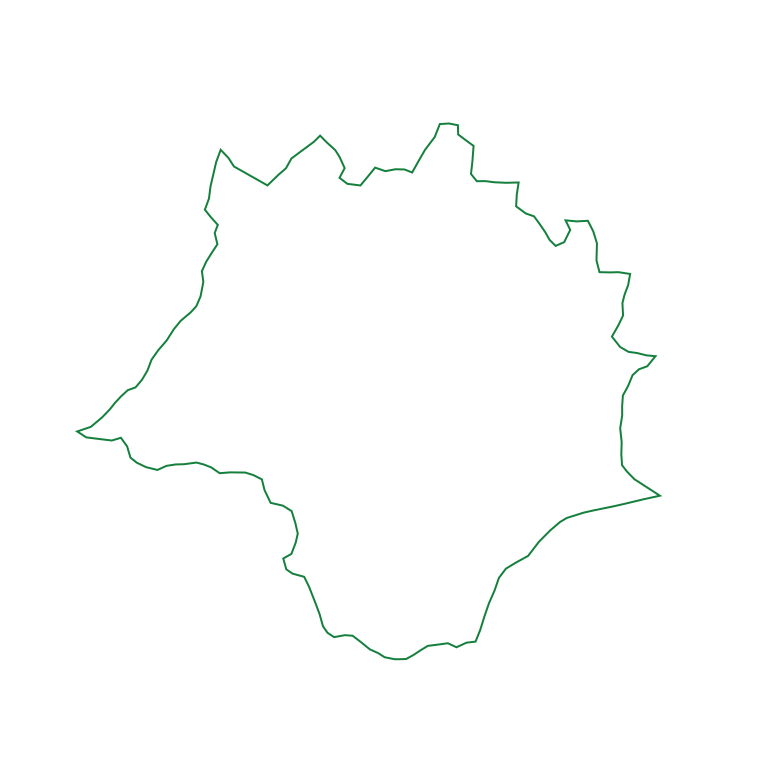 Nova Ramada, Rio Grande do Sul, Brazil, rotated 191°
{"feature_id": "56859067B54633042037879", "entity_name": "Nova Ramada", "entity_type": "district", "adm_level": 2, "iso_a3": "BRA", "parent_name": "Brazil", "parent_adm1": "Rio Grande do Sul", "projection": "mercator", "projection_center": [-53.7, -28.075], "detail": "fine", "context": "isolated", "style": "outline", "palette": "green", "viewbox_px": 768, "rotation_deg": 191, "n_neighbors": 0, "source": "geoboundaries", "source_scale": "gbopen_adm2", "svg_char_len": 2421}
<svg xmlns="http://www.w3.org/2000/svg" viewBox="0 0 768 768"><g transform="rotate(191 384 384)"><path d="M589.0,582.7L591.1,569.8L591.5,558.5L592.0,544.8L591.2,532.6L593.1,520.9L585.4,514.4L577.5,508.5L579.0,499.9L574.2,489.4L577.9,480.4L581.8,470.3L584.3,460.1L580.8,449.6L580.8,434.9L583.1,424.5L587.6,417.2L595.6,407.3L600.7,397.8L605.6,385.4L612.0,374.2L616.8,363.6L618.8,352.0L622.4,341.9L627.3,333.2L634.3,329.1L639.9,321.5L644.4,314.3L648.3,306.8L654.1,297.8L663.6,286.0L676.1,278.9L666.1,274.8L652.7,275.7L640.4,276.6L632.0,281.0L624.3,273.8L618.8,263.3L611.7,259.6L601.8,257.0L590.0,256.4L582.0,262.1L573.1,265.3L565.0,267.1L553.1,271.1L545.5,270.6L537.8,269.2L528.3,265.1L518.2,267.9L503.3,270.6L495.1,269.7L485.7,267.1L481.0,257.0L472.6,245.7L460.1,245.3L450.4,241.6L444.5,230.6L440.1,220.7L440.4,211.5L442.5,199.5L449.6,193.5L444.5,183.4L437.6,180.4L425.6,179.5L418.9,170.7L409.7,156.2L403.3,145.8L397.7,134.6L392.0,129.0L384.7,126.0L374.4,130.0L366.8,130.9L357.5,126.3L347.2,120.8L338.3,118.7L331.2,115.9L320.7,115.9L309.9,118.2L303.5,123.5L297.4,129.5L291.0,135.3L280.7,138.7L271.8,141.7L262.6,139.4L253.7,145.8L245.0,148.6L242.7,160.4L240.9,176.3L239.1,188.9L236.1,202.2L234.2,215.6L229.1,226.0L220.5,233.8L209.7,242.8L201.8,258.7L192.9,272.0L184.9,282.1L179.0,287.4L163.7,295.7L153.7,300.1L134.0,308.3L124.5,312.5L106.9,320.5L91.9,327.0L110.8,334.6L120.0,338.3L128.9,344.5L134.8,349.7L137.6,360.1L139.6,372.3L143.7,385.6L144.2,398.7L146.0,407.7L147.3,418.3L144.0,428.6L141.7,440.1L136.5,447.1L128.9,451.7L122.8,463.1L131.7,462.2L141.7,462.7L150.1,462.2L159.3,465.4L169.3,474.0L164.9,487.1L162.4,496.9L165.4,508.9L164.9,517.7L163.2,527.7L163.4,539.0L175.2,538.5L183.3,536.7L193.8,534.9L199.0,545.9L201.8,562.7L207.8,573.9L215.0,583.1L225.8,580.4L237.0,579.3L230.6,570.8L234.2,557.6L241.9,552.3L248.9,557.0L254.5,563.6L262.2,571.2L268.7,577.2L277.5,578.5L288.2,583.6L289.8,595.3L290.3,607.5L302.6,604.8L314.0,603.1L323.0,602.5L331.6,600.8L338.7,606.8L339.6,618.5L341.5,634.8L350.4,639.0L358.8,643.1L360.8,652.1L370.0,652.1L378.8,649.8L381.3,636.2L388.4,621.7L392.8,608.9L396.7,597.0L404.8,598.5L413.7,597.0L423.3,593.2L434.0,594.7L439.3,584.8L445.0,574.4L458.1,573.5L467.0,577.9L463.8,588.4L471.0,598.5L476.5,604.3L485.9,610.0L494.1,615.6L499.0,608.4L510.2,596.2L517.9,587.7L521.4,577.0L527.1,569.8L536.3,556.7L572.8,568.9L579.8,576.2L589.0,582.7Z" fill="none" stroke="#15803d" stroke-width="2"/></g></svg>